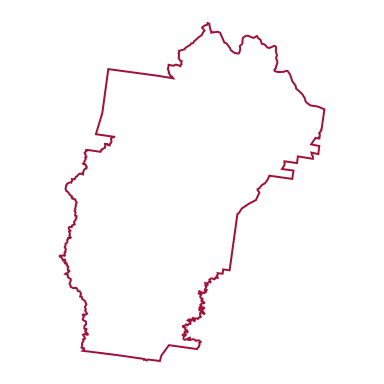 outline of Whittlesea, Victoria, Australia
{"feature_id": "25037944B28600424223398", "entity_name": "Whittlesea", "entity_type": "district", "adm_level": 2, "iso_a3": "AUS", "parent_name": "Australia", "parent_adm1": "Victoria", "projection": "orthographic", "projection_center": [145.045, -37.551], "detail": "fine", "context": "isolated", "style": "outline", "palette": "rose", "viewbox_px": 384, "rotation_deg": 0, "n_neighbors": 0, "source": "geoboundaries", "source_scale": "gbopen_adm2", "svg_char_len": 5843}
<svg xmlns="http://www.w3.org/2000/svg" viewBox="0 0 384 384"><path d="M161.4,355.5L168.9,345.2L169.3,345.2L197.1,349.1L197.9,347.6L199.1,346.5L199.2,345.1L199.7,344.0L199.2,342.8L200.7,341.9L199.2,340.5L197.8,340.3L196.1,340.9L194.7,339.7L193.0,339.2L189.6,340.1L188.6,339.9L188.9,339.3L190.0,338.5L189.8,337.7L185.3,339.8L184.2,339.6L183.4,338.7L183.8,336.5L183.6,335.6L182.7,335.1L182.6,334.7L183.5,334.4L185.4,335.6L185.9,334.7L184.6,333.0L184.6,331.9L185.9,331.7L187.4,332.3L187.6,331.8L187.1,330.4L185.2,329.6L185.4,327.8L183.2,327.1L183.0,326.0L184.5,325.9L186.0,324.4L187.5,325.4L188.2,324.4L189.3,323.6L190.3,324.0L190.5,323.7L190.1,321.7L187.7,320.5L188.8,319.4L190.8,319.6L191.3,320.5L192.5,319.3L192.5,318.3L193.0,317.8L193.6,318.1L193.8,318.8L193.2,320.3L194.4,321.1L194.8,320.7L195.1,319.0L195.5,318.5L196.9,318.3L198.0,318.9L199.2,317.3L200.7,317.1L200.8,316.7L200.2,316.0L200.2,314.7L199.9,313.5L200.6,312.3L201.1,312.2L203.9,314.0L204.4,313.7L202.9,311.2L201.3,310.2L199.7,310.3L199.2,309.7L199.6,307.4L201.4,308.4L201.9,309.1L203.5,308.9L204.2,308.3L204.2,307.9L203.8,307.5L201.6,307.3L200.8,306.8L201.4,305.8L200.4,304.8L201.9,303.3L203.9,303.3L204.3,302.9L203.9,302.1L201.4,300.9L201.4,300.3L202.4,300.0L202.6,298.8L200.6,297.7L200.2,296.1L201.6,294.2L201.6,293.6L199.5,293.9L198.8,293.4L199.8,292.6L199.1,291.7L199.4,291.2L201.5,292.3L204.4,293.1L206.1,291.8L206.6,290.1L206.1,290.1L205.5,290.8L204.7,290.6L205.0,289.4L206.2,287.4L206.2,286.9L205.5,286.1L205.4,285.4L207.4,285.3L207.7,284.8L207.3,284.3L205.5,283.7L205.3,283.1L207.1,283.4L208.6,282.2L210.3,282.4L210.6,281.6L209.5,280.4L209.3,279.8L210.9,278.5L212.3,278.4L214.1,279.4L214.9,278.9L215.5,277.5L217.6,278.0L217.6,277.3L217.0,277.3L216.8,275.9L217.9,274.3L217.6,273.2L222.6,273.7L223.2,269.4L229.6,270.3L237.4,214.1L238.8,213.1L241.9,208.4L249.1,203.6L255.9,200.1L259.4,192.6L257.5,189.8L257.6,189.1L259.4,188.2L261.8,185.1L265.1,183.2L267.7,179.5L269.3,175.7L292.3,178.9L293.5,170.6L282.0,169.0L284.5,165.1L284.5,161.3L297.0,163.1L297.9,156.4L312.9,158.8L313.0,156.6L312.0,154.9L311.4,152.6L318.3,154.1L319.3,146.0L311.1,144.4L315.5,137.9L319.4,138.6L319.6,138.3L319.1,136.9L319.8,136.1L319.8,134.4L319.1,133.2L319.9,132.6L320.3,131.5L321.1,130.9L321.3,129.2L321.6,129.1L324.4,109.3L317.6,106.5L310.4,105.4L306.3,102.4L305.4,100.8L304.8,98.3L302.3,94.2L296.1,88.5L295.6,85.7L292.3,81.2L290.1,74.6L287.7,71.1L286.8,70.8L283.1,71.9L279.0,72.0L276.7,71.8L274.7,71.0L274.4,69.8L275.8,68.3L276.0,66.7L277.4,62.8L277.2,61.1L276.0,57.9L277.0,55.6L275.7,50.6L276.2,48.2L275.9,46.9L275.2,46.1L274.1,45.9L269.4,48.0L267.2,47.4L265.4,45.2L264.0,44.2L261.8,43.8L260.5,39.8L258.1,38.1L256.9,36.0L253.3,38.0L247.9,35.7L245.8,35.9L243.3,37.4L242.6,39.2L242.4,43.3L241.6,44.5L239.8,46.0L240.3,49.0L239.2,53.1L238.6,53.5L234.8,53.1L230.7,50.1L230.1,48.2L226.8,43.8L225.8,43.0L224.4,42.6L220.1,32.7L217.7,31.8L211.3,32.6L211.6,31.6L210.9,31.0L210.2,29.0L209.2,23.6L207.6,23.0L207.2,24.7L204.7,25.5L202.2,27.3L202.1,27.7L204.5,30.5L202.9,32.7L201.8,35.1L199.2,36.8L194.0,41.4L193.2,43.1L191.1,43.5L190.2,44.9L186.2,47.3L185.2,48.2L184.6,49.3L178.9,50.9L179.2,52.3L178.5,53.3L179.1,54.5L178.9,55.8L179.0,56.7L178.6,57.8L180.1,60.6L181.7,61.2L181.2,63.2L181.5,64.2L180.7,65.1L180.3,66.2L177.9,65.1L175.8,64.7L175.0,64.8L173.5,65.8L168.6,64.8L168.3,67.8L167.8,68.8L169.0,72.1L168.7,73.2L169.8,74.4L170.4,75.9L172.0,76.6L173.2,78.3L157.2,75.7L108.3,69.1L102.3,113.0L95.9,134.2L114.1,136.8L114.0,137.1L111.5,137.9L111.0,138.6L111.5,141.7L110.9,143.0L110.2,143.4L109.9,144.5L109.4,144.8L109.5,145.4L108.1,145.2L107.3,144.0L105.0,144.0L105.4,145.9L105.0,146.7L105.0,147.7L101.4,149.6L101.5,150.5L100.6,151.1L100.4,151.8L87.2,149.9L87.0,150.5L86.0,150.3L86.1,151.4L84.7,152.6L85.0,153.1L84.9,153.7L85.7,154.8L85.6,156.3L86.3,156.9L85.3,157.7L85.8,158.8L84.2,161.8L84.5,163.3L83.2,163.7L83.7,164.2L84.9,164.4L86.2,165.5L86.1,166.6L86.8,167.1L86.4,168.5L84.9,168.9L83.8,170.2L83.4,172.0L82.8,172.8L83.1,173.2L83.0,174.4L80.5,173.6L79.6,173.7L77.7,175.3L77.0,176.3L75.9,176.8L74.6,179.3L71.9,179.1L72.2,180.3L71.2,182.6L70.4,182.3L68.5,183.0L67.1,183.8L66.7,184.9L66.1,185.4L66.1,186.7L65.5,188.5L66.2,190.9L67.6,191.7L70.6,195.6L71.8,196.3L71.7,197.5L72.5,197.6L72.4,198.6L75.3,199.4L75.3,200.2L76.7,202.6L75.7,204.5L76.0,205.5L75.1,208.6L75.4,209.7L74.6,210.5L75.5,212.3L75.1,215.6L76.5,216.0L76.5,217.7L76.0,218.2L75.7,219.6L73.9,222.3L74.7,224.3L72.1,225.4L71.7,227.1L69.6,226.8L68.7,227.9L68.9,229.0L70.4,230.8L69.0,231.6L69.7,232.9L69.9,234.1L69.4,235.3L70.7,237.7L69.5,238.2L68.8,237.7L68.1,237.8L67.9,239.5L67.2,240.1L67.4,241.7L67.1,242.5L65.5,243.6L65.6,245.1L65.1,246.3L65.2,247.1L64.8,247.3L65.9,249.2L65.3,250.8L65.6,251.9L64.6,252.5L64.9,255.4L64.6,255.8L63.5,255.3L62.5,255.7L60.0,255.6L59.6,256.1L60.0,256.7L61.2,257.1L63.2,260.5L64.2,259.6L65.0,259.8L65.4,261.4L64.5,262.6L65.2,263.6L66.4,263.2L67.1,264.4L67.0,265.8L67.9,266.2L68.2,266.7L68.3,267.5L67.7,268.4L67.7,269.5L68.2,270.8L69.2,270.6L69.4,271.3L68.1,272.2L67.4,273.2L66.1,273.3L65.3,274.0L67.7,274.7L67.9,277.2L70.7,279.1L70.9,280.1L69.5,283.8L70.6,285.5L70.5,286.7L73.1,288.1L76.3,287.9L77.0,288.8L78.0,291.1L79.8,291.4L81.0,293.6L80.2,296.5L81.7,296.7L82.2,299.0L84.8,300.8L86.4,304.4L84.9,307.0L85.8,309.4L85.1,310.6L87.1,313.7L85.4,314.8L83.7,314.3L82.8,314.9L82.9,315.5L83.5,315.7L83.9,316.6L82.7,319.2L83.3,320.3L85.3,321.1L85.9,321.7L86.1,324.4L84.5,325.7L84.3,328.5L84.9,328.9L86.4,329.0L86.4,330.0L85.2,331.0L85.2,331.4L87.6,333.7L87.8,334.5L86.9,334.8L86.4,334.7L86.3,333.7L84.8,333.8L83.0,334.9L84.5,336.9L84.3,338.3L84.9,338.5L84.3,339.3L83.1,339.5L83.4,341.2L82.1,343.0L82.1,345.8L81.5,347.6L82.7,348.4L83.8,348.1L84.2,348.8L83.8,349.8L82.7,350.8L118.0,355.2L144.3,359.0L144.2,359.8L145.3,359.6L146.7,360.5L147.9,359.5L159.9,361.0L161.4,355.5Z" fill="none" stroke="#9f1239" stroke-width="2"/></svg>